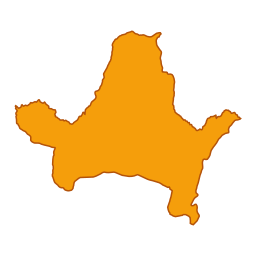 Contratación, Santander, Colombia (Robinson projection)
{"feature_id": "7082276B96001848010118", "entity_name": "Contratación", "entity_type": "district", "adm_level": 2, "iso_a3": "COL", "parent_name": "Colombia", "parent_adm1": "Santander", "projection": "robinson", "projection_center": [-73.502, 6.304], "detail": "fine", "context": "isolated", "style": "filled", "palette": "amber", "viewbox_px": 256, "rotation_deg": 0, "n_neighbors": 0, "source": "geoboundaries", "source_scale": "gbopen_adm2", "svg_char_len": 5823}
<svg xmlns="http://www.w3.org/2000/svg" viewBox="0 0 256 256"><path d="M160.4,32.8L159.3,32.7L156.6,33.3L152.1,36.4L151.0,36.8L149.6,36.9L147.1,36.4L144.6,35.2L143.6,34.9L142.7,34.9L141.7,35.2L140.9,35.0L139.8,35.3L139.2,35.2L137.4,34.1L135.8,33.8L135.1,33.5L132.8,31.5L131.8,31.3L130.8,31.8L127.0,32.9L125.5,34.1L122.2,34.9L121.6,35.1L121.2,35.5L119.9,35.9L118.4,37.1L117.1,38.7L116.4,39.1L115.8,39.1L115.0,39.7L114.6,40.7L113.9,41.4L112.9,43.2L112.4,44.3L112.3,45.5L112.5,45.9L112.8,47.0L112.5,49.0L112.6,49.7L112.2,51.5L111.9,52.1L112.0,52.7L111.9,54.6L111.1,57.4L111.2,58.4L110.7,59.9L110.3,61.0L109.4,62.3L108.6,64.3L108.0,65.2L107.0,67.8L103.7,73.6L103.6,74.2L104.2,77.3L103.9,78.1L102.5,80.1L102.5,81.7L101.5,85.0L100.2,86.9L99.7,88.7L99.2,89.6L97.9,90.7L95.9,91.3L95.5,91.5L95.1,92.1L95.0,92.9L95.2,94.1L96.0,96.2L95.9,97.8L95.0,99.2L91.8,101.9L91.3,102.7L90.2,105.5L89.4,106.1L88.9,106.1L88.3,107.0L87.1,107.8L85.9,109.1L85.4,109.9L84.9,114.2L84.7,114.1L84.4,113.5L84.3,112.8L83.9,112.4L83.3,112.3L82.9,112.5L82.5,113.8L81.9,115.1L81.4,115.5L81.1,116.2L80.6,116.4L79.7,116.3L79.1,116.7L77.9,119.3L77.2,120.2L73.7,122.7L73.3,123.4L72.6,123.9L71.8,124.2L70.6,123.8L70.0,123.8L68.9,122.1L67.2,121.3L65.8,120.3L64.1,120.8L63.6,120.5L63.2,119.9L60.8,120.1L60.0,119.9L58.9,118.7L58.1,118.4L57.0,117.3L55.9,116.9L55.4,116.5L55.4,115.4L55.0,115.0L54.9,114.4L55.0,113.8L55.8,112.6L55.9,112.2L55.4,110.3L55.2,109.9L53.1,109.7L51.3,108.7L50.3,108.7L49.4,108.5L48.8,108.0L48.7,106.2L45.8,103.9L44.9,102.4L44.5,102.1L43.4,103.1L42.5,103.1L40.3,101.9L39.9,101.4L39.7,100.5L39.1,99.8L38.5,99.9L36.5,102.1L35.0,101.7L32.6,102.8L31.9,103.0L31.4,102.7L30.8,102.6L30.3,103.0L30.0,103.8L27.6,105.6L27.0,105.7L25.5,105.2L23.6,106.1L23.2,106.1L22.1,104.8L21.5,105.1L21.3,106.1L20.8,107.2L19.4,108.0L18.5,108.2L16.9,106.5L15.7,105.7L15.4,106.2L15.6,106.7L16.2,107.2L15.8,107.9L15.6,108.5L16.9,110.2L17.2,110.9L15.9,113.1L16.0,114.3L16.6,114.9L16.5,115.5L16.1,116.1L16.0,116.4L16.5,119.5L16.6,123.0L16.9,123.6L17.6,123.7L18.1,124.5L18.5,125.5L19.0,126.0L19.8,128.2L20.4,128.8L22.1,129.8L23.2,130.6L25.3,131.5L25.8,132.0L27.5,134.1L29.0,135.0L29.8,135.6L30.6,136.5L30.8,137.5L30.7,140.2L31.5,141.4L32.7,142.2L34.4,143.0L38.6,143.1L40.0,143.4L41.3,144.1L44.3,145.0L49.0,146.1L50.3,146.5L51.5,147.1L52.9,147.4L55.0,147.6L55.1,148.4L54.4,150.0L53.8,151.6L53.7,152.9L54.0,155.0L53.3,156.4L52.9,159.2L52.6,164.5L53.2,166.1L53.3,168.9L52.9,169.9L52.8,171.0L52.9,172.3L52.8,173.4L52.4,174.4L52.4,176.2L52.9,177.1L54.1,180.9L54.6,182.1L55.2,182.9L58.0,185.3L58.7,186.3L60.0,187.3L61.2,187.7L62.7,187.7L63.6,188.1L64.5,189.5L65.5,190.1L66.7,190.5L68.1,190.8L69.3,190.7L71.4,190.2L72.3,189.4L73.0,188.3L73.2,186.9L73.7,185.3L73.8,184.1L74.2,182.4L74.9,181.3L78.7,178.3L80.2,177.5L93.3,177.0L96.0,176.1L100.5,173.9L102.7,172.5L104.2,172.1L106.4,172.5L108.6,172.6L113.8,172.1L115.2,172.4L122.2,175.3L129.0,176.4L131.7,176.3L134.1,175.9L137.4,174.7L138.5,175.0L147.5,179.2L149.8,180.0L152.8,180.7L159.3,182.7L161.9,184.2L162.4,184.7L163.2,185.2L163.8,185.4L167.7,187.3L168.4,187.3L169.1,187.0L169.4,187.1L169.8,188.0L170.0,189.1L171.6,190.2L172.2,190.8L171.0,196.8L170.2,199.3L169.8,201.1L167.7,207.2L168.2,209.7L168.8,211.4L169.2,212.2L169.7,212.7L170.1,214.3L171.6,214.9L172.7,215.7L173.6,216.1L175.4,216.6L179.9,215.8L180.8,215.5L182.1,215.4L183.4,214.6L185.7,214.6L188.7,216.1L190.0,217.4L190.2,218.5L190.4,221.0L190.3,223.3L191.5,224.1L193.3,224.7L197.1,220.8L199.2,216.3L199.1,215.2L197.6,212.8L197.1,211.4L196.9,209.8L197.1,208.7L197.2,207.1L196.9,205.7L196.1,204.4L195.3,204.3L194.4,204.7L193.8,205.4L192.8,205.7L191.6,205.6L191.2,205.2L191.1,204.5L193.8,199.2L195.0,197.7L197.4,196.0L197.9,195.1L197.7,194.4L196.2,193.0L195.9,192.0L196.0,190.1L196.6,188.4L197.0,186.2L198.2,182.8L200.0,175.3L201.1,172.4L201.6,170.3L202.6,168.5L202.7,167.1L202.4,162.8L202.6,161.2L203.3,159.5L204.4,159.1L206.0,159.5L207.4,159.2L208.9,157.2L209.9,155.3L210.7,152.0L211.2,150.4L213.4,147.0L214.7,145.4L216.6,142.8L218.4,139.5L219.2,138.5L220.2,137.7L222.1,135.3L225.4,133.4L228.5,132.7L228.8,132.1L228.5,129.5L228.8,128.2L229.4,126.8L231.6,124.7L232.3,123.5L234.8,120.5L236.2,120.0L237.7,119.9L240.1,119.1L240.6,118.5L240.1,118.3L239.4,117.3L238.2,117.1L237.8,116.7L237.3,115.0L236.2,114.6L235.6,114.1L235.2,113.2L234.6,112.5L233.4,112.7L232.6,113.1L231.5,113.3L231.0,112.9L230.3,111.6L229.9,111.5L229.1,111.2L228.9,110.6L228.2,110.2L227.2,110.3L226.1,109.9L225.7,110.0L225.2,110.5L224.5,110.6L224.1,111.0L223.9,111.7L223.5,112.2L223.0,112.4L222.5,112.9L221.4,115.3L220.6,116.2L219.7,116.6L218.8,116.5L217.8,116.8L216.4,118.2L216.1,117.8L216.0,115.6L215.8,115.2L213.2,116.5L210.6,116.7L210.0,117.6L209.3,118.0L208.2,118.3L207.6,118.7L206.6,120.7L206.3,121.8L206.3,122.3L205.1,124.7L204.7,125.5L202.9,126.7L202.4,129.0L201.8,129.7L201.1,129.7L200.3,129.2L199.7,129.1L199.3,129.6L197.5,130.5L196.5,130.4L195.9,129.7L195.6,129.0L195.0,128.3L194.4,128.1L193.7,127.2L192.4,126.7L191.5,124.6L189.9,124.6L189.2,122.6L188.5,122.7L187.8,122.5L187.0,121.2L185.9,121.1L185.0,119.9L183.5,120.0L182.6,118.7L181.5,117.7L180.7,116.3L179.4,115.6L179.0,115.0L177.2,114.1L176.8,113.5L176.1,113.1L175.4,112.4L174.9,111.8L174.7,110.2L173.8,108.8L173.9,107.3L173.6,105.6L172.7,104.5L173.4,99.4L173.4,98.3L173.6,97.3L174.1,95.7L174.1,94.1L174.2,93.7L174.2,92.0L173.6,90.2L174.0,87.3L174.1,84.6L174.5,82.6L174.5,81.5L174.0,78.6L173.1,76.1L172.1,74.7L171.5,74.4L170.3,74.1L168.6,74.2L167.9,74.0L167.4,73.4L167.3,72.7L166.7,72.2L164.3,72.1L162.5,71.8L162.2,70.9L162.2,70.0L162.3,69.2L162.5,68.4L162.5,67.7L161.7,65.6L161.3,64.1L161.1,62.5L161.0,61.2L160.3,58.6L160.4,57.1L161.3,53.6L161.4,52.4L161.1,51.4L159.5,49.4L156.9,45.4L156.6,44.3L156.2,41.0L156.3,39.9L157.5,37.6L158.5,37.0L159.2,36.8L159.6,35.4L161.0,33.9L160.4,32.8Z" fill="#f59e0b" stroke="#b45309" stroke-width="1.5"/></svg>